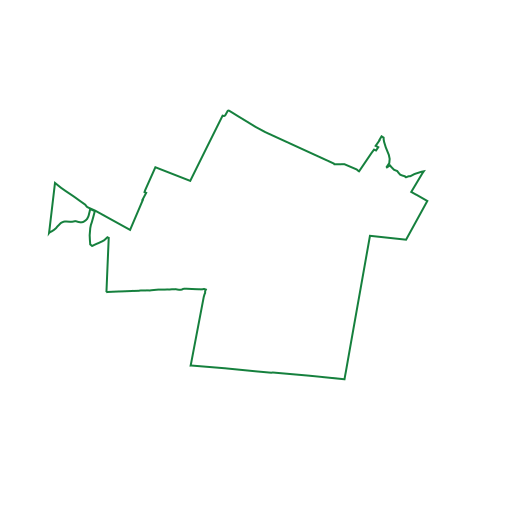 Rosiori, Ialomita, Romania (Natural Earth projection), rotated 160°
{"feature_id": "2599482B56196018895853", "entity_name": "Rosiori", "entity_type": "district", "adm_level": 2, "iso_a3": "ROU", "parent_name": "Romania", "parent_adm1": "Ialomita", "projection": "natural_earth1", "projection_center": [26.549, 44.609], "detail": "fine", "context": "isolated", "style": "outline", "palette": "green", "viewbox_px": 512, "rotation_deg": 160, "n_neighbors": 0, "source": "geoboundaries", "source_scale": "gbopen_adm2", "svg_char_len": 2619}
<svg xmlns="http://www.w3.org/2000/svg" viewBox="0 0 512 512"><g transform="rotate(160 256 256)"><path d="M419.9,393.4L438.6,356.3L440.2,353.1L442.4,348.8L442.6,348.4L442.3,348.6L441.5,348.8L439.2,349.1L436.7,349.7L435.4,350.2L434.5,350.5L432.5,351.7L430.5,352.6L429.3,353.2L428.2,353.7L427.1,353.9L425.3,354.0L424.2,353.9L422.7,353.4L419.8,352.1L418.4,351.5L416.8,351.0L414.0,350.6L413.2,350.2L411.5,348.9L409.3,347.6L407.8,347.2L406.6,347.1L405.2,347.4L403.5,347.9L401.9,348.7L400.9,349.7L400.3,350.2L399.3,351.4L398.4,352.8L397.3,354.4L396.1,356.3L395.7,356.7L392.1,353.3L395.5,348.4L398.8,343.8L400.5,341.7L402.2,338.9L405.2,332.4L406.6,327.9L407.8,323.6L406.6,321.5L404.5,321.7L402.2,321.9L400.5,322.0L399.6,322.0L397.7,322.2L395.3,322.4L394.2,322.6L393.4,322.7L392.6,323.0L391.4,323.5L391.1,323.6L390.1,324.1L389.2,324.4L389.0,324.1L388.2,323.4L401.0,292.4L408.9,273.2L409.0,273.2L408.7,273.1L408.0,273.0L406.0,272.4L403.1,271.5L397.4,269.7L395.6,269.1L393.8,268.5L389.1,267.0L384.4,265.5L383.8,265.4L383.2,265.1L381.1,264.4L377.7,263.3L377.2,263.3L376.0,263.0L372.7,261.8L369.2,260.6L367.6,259.9L366.9,259.8L365.6,259.5L359.5,257.9L353.5,255.7L351.1,255.0L348.8,254.1L347.6,253.8L346.4,253.5L342.7,252.2L341.7,251.6L340.7,251.0L339.2,250.3L337.8,249.9L337.4,249.9L337.1,249.8L335.8,250.0L334.3,249.7L331.5,248.6L328.7,247.4L323.4,245.2L318.1,243.1L316.1,242.8L314.6,241.6L315.8,240.4L316.5,238.6L317.5,237.6L319.1,235.4L343.0,195.3L353.3,178.0L354.9,175.4L354.0,175.1L323.1,160.9L322.1,160.4L295.0,147.4L281.6,141.1L280.1,140.8L247.3,125.5L215.0,109.9L213.7,112.2L210.7,117.3L195.1,144.3L142.0,236.0L109.4,220.0L76.2,249.1L84.3,258.7L84.5,258.8L88.2,263.1L71.5,276.7L69.4,278.2L71.9,278.6L75.6,278.7L77.9,278.8L79.2,278.8L82.9,278.3L83.7,278.2L85.2,278.7L88.2,278.7L88.5,279.0L88.8,280.0L90.9,281.5L92.7,283.1L93.7,285.7L94.2,287.5L96.8,289.8L98.4,293.3L99.1,295.3L102.6,294.5L102.7,295.0L99.0,297.7L97.2,301.5L96.6,305.5L96.9,313.8L96.6,319.4L96.2,321.7L95.6,323.6L97.1,325.5L100.5,322.7L100.4,322.4L105.9,318.6L103.9,316.4L107.1,314.1L108.7,315.6L112.2,313.3L130.2,300.3L130.5,300.6L131.8,302.9L141.5,312.0L151.0,315.4L151.2,316.2L205.0,369.3L212.3,377.5L225.7,394.3L228.9,398.4L231.4,401.5L231.9,402.0L232.5,402.1L233.0,402.0L236.8,398.7L237.6,398.5L238.3,398.5L239.0,399.0L239.4,399.3L265.8,374.2L292.1,349.1L292.8,349.7L320.2,373.8L337.7,355.7L338.9,354.2L337.6,352.9L343.5,347.6L343.2,347.3L343.7,346.8L365.4,323.6L391.5,353.5L394.9,356.8L396.9,358.7L398.1,360.1L398.9,362.6L402.5,367.8L405.6,372.4L407.2,374.7L412.9,382.5L415.9,386.8L419.9,393.4Z" fill="none" stroke="#15803d" stroke-width="2"/></g></svg>